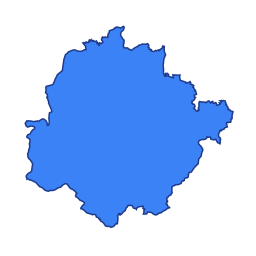 the district of Gazipur, Dhaka, Bangladesh, rotated 186°
{"feature_id": "16705992B50862305652789", "entity_name": "Gazipur", "entity_type": "district", "adm_level": 2, "iso_a3": "BGD", "parent_name": "Bangladesh", "parent_adm1": "Dhaka", "projection": "mercator", "projection_center": [90.414, 24.092], "detail": "fine", "context": "isolated", "style": "filled", "palette": "blue", "viewbox_px": 256, "rotation_deg": 186, "n_neighbors": 0, "source": "geoboundaries", "source_scale": "gbopen_adm2", "svg_char_len": 5784}
<svg xmlns="http://www.w3.org/2000/svg" viewBox="0 0 256 256"><g transform="rotate(186 128 128)"><path d="M143.2,228.6L146.1,226.4L146.7,226.9L149.5,227.3L151.1,226.6L151.1,225.9L152.2,225.6L152.5,224.7L156.5,222.9L156.8,222.4L156.6,221.2L157.0,220.2L157.4,220.1L157.4,219.1L157.8,217.8L157.6,216.0L158.6,215.8L160.1,216.2L161.6,215.5L162.6,215.8L162.6,215.4L163.1,215.4L163.6,214.0L163.4,212.7L162.5,211.8L161.9,210.8L162.6,210.2L162.6,209.6L163.8,209.1L164.2,209.0L164.9,209.8L165.5,209.7L165.7,208.7L165.2,207.3L165.7,207.1L165.9,208.3L166.8,208.6L167.3,209.6L167.8,209.1L167.9,210.5L168.5,211.2L169.7,210.5L171.7,211.3L171.6,210.6L172.3,210.8L172.3,211.1L173.8,211.1L173.9,211.8L174.4,211.2L174.5,211.6L175.6,211.6L176.0,210.2L175.6,209.8L176.2,209.8L176.4,209.0L176.8,208.7L178.7,209.2L178.8,208.0L181.1,208.3L181.8,207.9L178.8,204.9L178.0,201.4L179.5,201.3L181.7,199.7L183.7,199.2L186.8,199.4L188.7,200.1L190.9,199.8L195.2,197.5L196.4,195.7L197.8,194.5L198.9,189.6L199.3,178.2L203.7,173.8L205.6,168.7L206.9,164.0L207.9,163.0L213.6,160.9L214.0,159.9L213.4,157.1L213.7,154.7L213.0,153.8L211.8,153.1L211.2,150.6L212.0,150.2L211.9,149.8L210.6,147.9L209.5,145.2L209.6,144.5L206.5,139.0L205.6,136.9L205.9,135.7L207.5,135.1L207.8,134.7L207.7,129.4L206.9,125.8L207.3,122.6L208.4,122.1L209.1,124.9L210.4,126.7L211.9,127.7L213.5,128.2L214.8,127.6L217.8,125.2L218.5,125.6L222.3,124.5L226.0,124.8L229.4,124.5L230.7,121.9L229.6,119.5L227.9,118.4L225.3,119.6L223.8,119.9L221.2,119.3L220.8,118.8L220.9,117.4L222.5,116.2L223.7,114.4L224.6,112.1L227.1,110.6L227.8,108.9L227.4,108.2L224.6,106.6L224.0,104.8L224.5,101.8L224.0,100.6L223.8,98.0L224.4,96.4L224.4,94.6L225.1,91.6L224.5,88.8L223.5,87.2L221.6,85.8L219.1,82.6L219.4,75.4L220.0,74.2L222.4,72.5L224.1,70.2L224.1,68.7L223.3,67.6L223.2,66.6L222.7,67.0L220.2,66.0L219.0,66.1L213.8,64.1L209.9,60.5L206.8,59.6L204.0,57.4L200.9,56.8L199.8,57.1L199.0,57.8L196.5,57.9L193.7,59.1L191.7,60.9L188.5,62.3L187.1,64.3L185.1,65.8L183.9,66.1L182.6,65.8L179.1,61.9L175.7,60.7L172.0,57.8L172.7,57.2L173.1,55.2L172.8,54.4L170.2,53.0L168.4,51.3L164.5,49.9L163.5,49.1L163.6,47.8L165.3,45.9L166.5,43.5L166.4,42.8L164.0,42.3L160.1,39.3L155.2,38.4L154.3,38.0L152.8,38.6L151.1,38.4L150.2,36.2L147.8,35.6L147.6,34.7L146.2,34.5L146.4,33.7L145.3,32.5L144.1,32.1L142.2,30.8L140.2,28.3L138.2,27.9L136.1,28.3L134.6,27.4L132.1,28.6L129.7,31.7L128.8,31.5L128.5,31.7L128.7,33.8L128.4,34.2L128.7,35.6L128.5,36.7L129.1,40.0L128.3,41.0L128.3,41.8L127.8,42.0L127.1,41.8L127.0,40.7L126.6,40.7L125.0,42.2L123.6,44.4L122.2,45.4L121.5,48.1L120.4,49.4L120.2,50.5L119.6,51.1L119.3,50.9L116.1,51.5L114.2,49.0L113.5,48.7L112.3,48.8L111.1,47.9L110.8,49.5L110.0,50.2L108.6,50.9L104.9,51.8L104.6,51.2L104.8,49.7L104.0,49.1L103.0,49.3L102.7,49.0L103.6,47.7L103.3,46.0L103.7,44.0L100.6,44.5L100.2,44.9L99.8,46.3L99.4,46.6L95.7,46.4L93.5,44.9L91.2,44.4L89.4,45.3L88.6,46.6L87.8,46.6L86.0,47.3L84.7,48.7L82.2,50.3L80.4,52.1L78.3,53.1L78.7,53.6L79.8,53.6L81.0,55.9L81.9,56.0L82.1,56.5L81.7,57.2L81.8,57.8L81.0,58.7L81.1,59.6L81.7,59.6L82.0,62.6L81.0,63.4L80.4,64.6L78.2,66.2L78.3,67.0L77.5,67.7L77.3,68.7L77.8,69.5L78.1,74.0L77.1,75.1L75.5,75.7L74.9,76.5L71.9,77.0L69.3,78.5L68.8,80.8L68.0,81.4L67.3,81.1L66.6,81.7L66.4,83.6L65.7,84.3L64.1,84.6L63.1,85.4L62.8,89.9L60.4,90.9L58.0,95.4L54.5,99.8L54.4,104.4L52.3,107.8L52.1,111.1L51.3,113.6L51.8,115.6L52.3,115.6L53.4,117.3L56.0,119.4L56.4,120.9L56.1,122.6L55.3,123.3L53.2,124.2L50.4,124.7L48.8,126.0L48.5,127.5L47.8,127.1L45.2,127.6L44.3,125.5L41.5,125.2L39.6,125.9L37.4,122.9L36.8,122.5L35.7,122.6L35.0,121.9L34.8,122.5L35.2,122.9L34.7,123.7L35.0,124.9L34.7,126.5L35.4,127.9L36.8,128.7L37.2,130.1L37.3,131.6L36.2,134.3L36.4,135.2L36.1,135.5L34.6,135.1L34.3,136.3L32.4,136.8L32.1,138.1L29.3,139.5L30.0,141.0L30.0,141.8L30.8,143.2L29.9,144.1L28.6,143.9L28.1,144.4L26.6,144.4L26.3,145.3L26.6,147.6L25.6,147.9L25.5,148.2L25.8,151.4L25.3,155.1L26.2,155.1L26.3,155.5L26.8,155.4L28.4,156.2L28.7,156.8L29.8,156.8L30.0,157.6L30.7,157.5L30.9,159.5L33.0,161.1L32.5,161.7L33.2,162.5L34.1,165.0L36.2,165.3L36.8,164.9L37.8,165.1L39.3,164.7L37.9,163.9L37.9,163.4L38.6,162.6L39.8,162.5L39.0,161.5L39.2,161.2L41.9,159.8L42.3,160.1L42.8,162.1L44.0,162.4L44.5,161.6L46.0,161.6L46.5,163.3L47.8,162.8L48.0,161.9L48.4,161.5L49.5,162.3L50.0,163.2L50.8,163.4L53.3,161.3L53.8,161.7L54.2,161.5L55.4,161.8L57.1,161.5L59.6,161.8L60.1,160.5L59.6,156.3L60.1,155.6L59.9,154.3L60.1,153.5L59.5,153.8L59.2,153.5L59.7,152.6L60.5,152.0L61.9,152.0L62.9,153.3L64.6,154.5L63.6,156.2L64.2,158.0L65.0,158.7L65.6,158.4L66.4,158.7L66.7,159.5L67.1,159.5L66.9,160.4L67.2,161.4L65.7,162.1L64.6,163.9L64.7,164.7L64.1,165.4L65.0,165.9L65.5,167.6L63.4,168.7L64.7,172.1L65.6,172.0L65.5,173.2L66.1,173.5L67.1,175.4L67.8,175.4L67.1,177.1L67.9,177.4L68.3,177.9L69.3,177.6L69.9,178.2L70.6,178.2L70.3,179.5L71.2,180.7L72.6,179.5L74.9,178.7L75.2,179.6L81.0,180.9L81.9,184.0L81.9,186.2L83.9,185.7L87.2,185.7L88.0,185.3L88.9,185.5L88.2,182.6L93.1,183.7L93.4,184.1L93.2,185.5L94.9,186.5L95.3,186.1L96.3,186.2L96.5,185.1L96.2,184.4L95.2,184.4L95.0,184.1L95.6,183.4L96.9,183.4L98.5,186.5L98.9,191.0L99.6,193.6L99.5,201.2L98.7,202.6L98.9,203.5L98.3,204.3L98.3,204.9L99.8,207.5L100.3,210.3L100.4,213.0L102.1,213.1L102.3,212.2L101.6,211.6L104.6,209.2L104.5,208.5L105.2,208.2L105.6,208.8L106.4,208.6L107.9,207.6L108.7,208.0L110.3,206.7L113.4,207.2L112.9,208.2L113.5,208.6L115.2,208.5L115.2,209.7L115.5,210.3L116.4,210.6L115.9,212.5L117.2,213.9L119.4,213.1L122.7,213.0L124.4,211.7L125.8,211.6L127.0,210.1L129.6,208.5L132.9,205.5L134.5,206.5L135.8,206.5L136.7,207.6L140.1,207.3L141.2,208.6L140.9,209.0L141.4,210.0L140.8,212.0L141.5,212.6L140.8,214.1L141.4,215.3L142.0,215.5L145.2,219.6L144.9,222.7L142.9,224.8L142.3,227.1L142.6,228.3L143.2,228.6Z" fill="#3b82f6" stroke="#1e3a8a" stroke-width="1.5"/></g></svg>